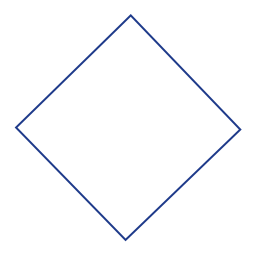 Archer, Texas, United States of America (Natural Earth projection), rotated 226°
{"feature_id": "52423323B89953257646119", "entity_name": "Archer", "entity_type": "district", "adm_level": 2, "iso_a3": "USA", "parent_name": "United States of America", "parent_adm1": "Texas", "projection": "natural_earth1", "projection_center": [-98.688, 33.616], "detail": "fine", "context": "isolated", "style": "outline", "palette": "blue", "viewbox_px": 256, "rotation_deg": 226, "n_neighbors": 0, "source": "geoboundaries", "source_scale": "gbopen_adm2", "svg_char_len": 233}
<svg xmlns="http://www.w3.org/2000/svg" viewBox="0 0 256 256"><g transform="rotate(226 128 128)"><path d="M48.9,207.7L207.1,208.2L206.9,182.5L206.1,47.8L49.2,48.5L48.9,207.7Z" fill="none" stroke="#1e3a8a" stroke-width="2"/></g></svg>